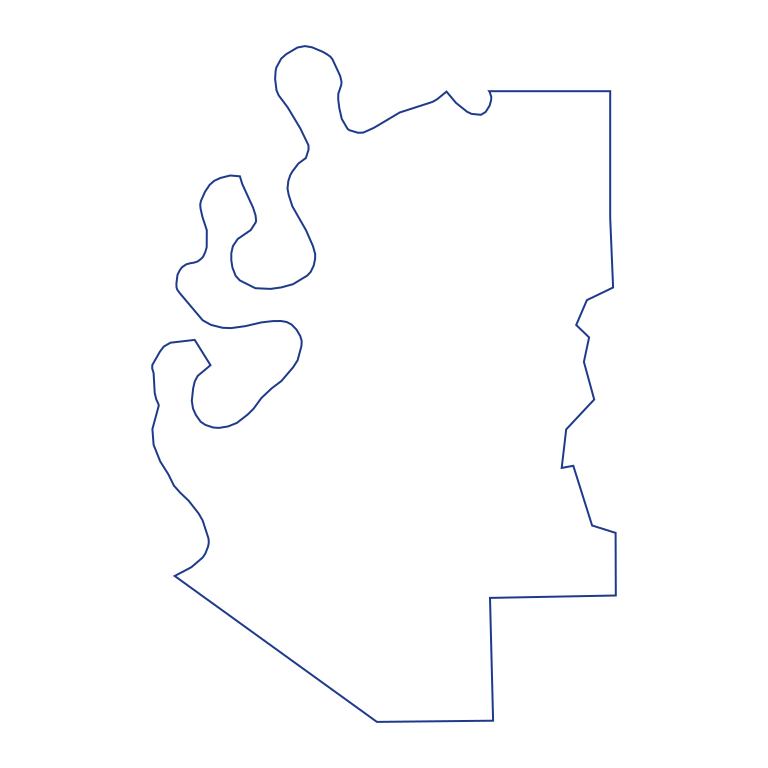 Tunica, Mississippi, United States of America (orthographic projection)
{"feature_id": "52423323B98518761698174", "entity_name": "Tunica", "entity_type": "district", "adm_level": 2, "iso_a3": "USA", "parent_name": "United States of America", "parent_adm1": "Mississippi", "projection": "orthographic", "projection_center": [-90.469, 34.658], "detail": "fine", "context": "isolated", "style": "outline", "palette": "blue", "viewbox_px": 768, "rotation_deg": 0, "n_neighbors": 0, "source": "geoboundaries", "source_scale": "gbopen_adm2", "svg_char_len": 2298}
<svg xmlns="http://www.w3.org/2000/svg" viewBox="0 0 768 768"><path d="M615.8,595.5L615.6,532.9L592.1,525.5L573.3,465.8L561.7,467.9L566.2,429.4L594.2,399.5L583.9,361.9L589.1,337.4L576.2,325.0L586.9,300.1L613.1,287.5L610.2,218.2L610.2,91.2L489.1,91.2L489.9,92.5L491.3,97.1L491.1,100.2L489.6,105.7L485.6,112.0L480.9,114.8L471.6,113.9L467.0,111.7L456.0,102.9L446.5,91.6L437.2,99.2L432.5,101.9L399.7,112.5L373.9,127.8L366.4,131.2L363.2,132.6L358.2,132.8L349.4,130.2L347.6,128.9L341.8,119.0L339.3,108.1L338.2,99.3L338.3,93.8L341.3,84.8L341.5,81.8L340.2,76.0L332.5,59.4L330.4,56.7L326.9,54.2L322.7,51.8L312.0,47.3L305.0,46.1L297.5,47.5L286.2,54.2L281.2,58.6L276.4,67.4L275.7,70.4L275.1,78.8L276.5,90.3L278.7,95.4L287.7,107.4L300.3,128.4L308.4,145.1L308.6,149.4L305.9,158.0L298.4,163.5L292.3,171.6L290.2,175.3L288.3,181.1L287.5,188.6L288.7,194.9L292.4,206.4L306.1,230.4L313.0,246.2L315.2,254.2L315.1,259.0L313.7,265.6L310.7,271.9L307.2,275.6L293.0,284.2L281.4,287.4L270.5,288.9L255.3,288.2L239.8,280.4L235.6,275.8L232.4,267.4L231.3,260.3L231.3,253.2L232.9,246.1L237.7,239.0L250.8,230.0L255.8,222.2L256.1,220.4L255.5,215.2L253.0,207.5L242.2,183.9L239.9,176.3L230.2,175.5L220.2,178.0L214.1,180.9L209.6,184.9L205.1,191.6L200.9,201.0L200.2,204.9L200.6,208.8L202.5,217.1L206.8,230.2L206.7,247.2L205.3,252.0L203.0,256.9L200.8,259.1L197.7,261.4L194.2,262.6L190.5,263.2L186.3,264.3L181.9,267.3L179.7,270.4L177.5,274.8L176.4,283.6L176.5,287.3L177.2,289.5L179.4,292.7L202.6,320.2L211.0,324.9L222.6,327.8L231.1,328.1L245.6,326.1L261.4,322.4L272.8,321.1L281.0,321.0L286.7,322.0L291.5,324.5L296.4,329.5L300.3,336.1L301.7,341.1L301.4,346.2L297.6,360.3L293.1,367.3L281.4,381.0L271.7,388.3L261.3,398.1L253.6,408.7L247.6,414.6L236.9,422.9L228.2,426.4L219.0,427.9L213.1,427.5L205.4,424.9L200.7,421.8L195.8,414.9L193.0,408.5L191.8,400.8L193.2,388.1L194.8,381.3L197.7,375.9L210.5,365.2L194.7,339.9L170.5,342.7L163.8,346.5L159.9,351.7L152.3,365.0L152.2,368.4L153.6,373.1L154.7,392.9L156.3,399.5L158.6,404.5L158.7,405.9L158.2,407.7L152.4,429.1L153.6,444.8L160.2,461.4L168.4,474.4L173.9,485.6L180.1,492.6L188.7,500.8L198.7,513.6L202.7,520.6L208.5,538.5L208.8,542.5L208.1,546.5L205.3,553.6L202.8,557.4L191.5,567.1L174.7,576.0L376.9,721.9L493.1,720.7L490.0,597.9L615.8,595.5Z" fill="none" stroke="#1e3a8a" stroke-width="2"/></svg>